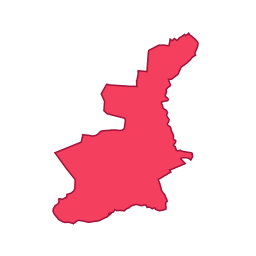 the district of Río Blanco, Veracruz, Mexico, rotated 279°
{"feature_id": "50627088B97163330601020", "entity_name": "Río Blanco", "entity_type": "district", "adm_level": 2, "iso_a3": "MEX", "parent_name": "Mexico", "parent_adm1": "Veracruz", "projection": "robinson", "projection_center": [-97.148, 18.845], "detail": "fine", "context": "isolated", "style": "filled", "palette": "rose", "viewbox_px": 256, "rotation_deg": 279, "n_neighbors": 0, "source": "geoboundaries", "source_scale": "gbopen_adm2", "svg_char_len": 4715}
<svg xmlns="http://www.w3.org/2000/svg" viewBox="0 0 256 256"><g transform="rotate(279 128 128)"><path d="M231.2,173.0L230.4,172.5L229.6,171.9L228.9,171.3L228.3,170.9L229.3,169.2L227.2,167.2L225.0,164.5L224.7,164.5L222.1,162.7L222.3,162.3L223.2,160.7L223.6,159.8L221.1,158.0L222.0,156.3L222.0,156.2L222.3,155.7L219.0,155.7L218.9,155.7L218.2,155.6L215.5,155.5L215.5,154.0L215.5,152.4L215.5,150.0L215.0,148.0L214.9,147.7L214.8,146.4L214.8,146.0L214.8,145.8L214.5,145.3L207.9,136.4L207.3,136.4L205.8,136.3L205.7,136.3L205.4,136.4L204.7,136.4L204.0,136.5L203.0,136.5L202.2,136.6L198.9,136.9L197.8,137.0L195.9,137.1L192.8,137.4L191.2,137.5L189.8,137.7L188.7,137.7L186.7,137.9L186.6,136.2L186.5,134.5L186.2,129.1L185.0,129.1L184.7,129.2L184.6,129.5L184.4,129.7L183.4,129.6L180.6,129.5L180.4,129.5L175.8,129.3L175.8,129.1L170.4,130.2L170.4,129.8L169.9,125.8L169.8,125.6L169.7,124.9L169.4,123.0L169.2,120.7L169.1,118.9L168.7,114.9L168.5,112.5L168.5,112.4L168.4,112.4L168.2,108.8L168.0,107.3L167.6,102.7L167.6,102.2L167.8,102.2L168.0,101.4L168.0,101.1L167.7,100.3L167.7,100.0L157.8,96.3L157.6,96.2L150.6,100.7L141.3,101.5L138.8,105.2L137.1,123.2L136.8,123.3L135.4,124.2L132.6,124.3L126.9,124.4L124.9,122.5L124.1,119.3L124.2,117.1L123.8,114.5L123.4,112.0L122.7,109.7L122.1,106.8L121.8,105.7L121.2,103.4L120.3,101.3L117.8,99.7L115.6,97.4L114.5,94.3L114.6,90.0L114.3,84.4L106.7,84.0L92.1,59.7L88.9,63.0L84.4,67.4L77.8,74.0L77.3,74.6L70.8,81.7L68.8,83.9L62.8,84.6L59.9,84.9L59.2,84.8L57.4,84.4L54.7,81.9L53.9,80.2L52.9,78.1L51.7,78.1L49.8,78.2L49.4,77.1L48.5,76.0L47.3,74.4L47.5,72.4L47.2,70.8L45.8,71.0L44.2,71.5L42.2,70.7L39.8,68.1L36.7,66.9L34.5,66.9L33.5,67.3L31.4,68.7L29.5,70.8L28.1,72.4L26.9,73.6L25.9,75.9L24.8,79.9L25.1,81.8L25.6,84.3L25.4,86.5L24.9,89.1L25.3,89.4L26.5,90.6L27.5,91.5L28.8,92.7L29.1,94.0L29.1,98.0L28.7,103.8L29.7,107.0L31.9,114.0L33.4,116.0L35.4,118.8L36.6,120.9L37.7,122.0L38.6,122.3L40.5,122.6L41.3,124.0L40.1,124.0L40.7,124.4L42.1,125.4L42.7,126.7L44.4,127.4L45.4,127.8L44.6,130.0L45.3,132.8L45.5,135.0L45.5,137.2L47.8,139.0L48.1,139.4L49.2,141.3L51.1,142.9L52.2,144.7L52.4,145.1L53.7,147.7L53.7,150.6L53.5,151.5L53.3,152.7L53.4,153.8L54.0,154.9L54.6,156.7L54.5,157.8L53.6,158.6L52.5,159.3L52.9,160.2L53.2,161.5L52.5,163.6L52.0,164.5L53.1,166.4L53.1,167.3L52.0,167.8L51.1,171.9L53.0,176.8L53.3,177.5L53.6,178.0L54.6,178.0L55.6,178.0L55.8,178.0L56.2,177.8L56.5,177.6L56.9,177.4L57.8,177.3L58.2,177.3L58.6,177.3L59.0,177.2L59.4,177.1L59.8,176.9L60.2,176.9L60.6,177.0L60.9,177.2L61.1,177.8L61.3,178.1L61.8,178.2L62.9,177.7L63.4,177.5L63.8,177.3L64.2,177.1L64.5,176.7L64.8,176.4L65.2,176.3L65.6,176.1L66.1,175.8L66.8,175.3L67.4,175.0L67.9,174.8L68.2,174.4L68.5,174.0L68.7,173.6L68.9,173.4L69.2,173.1L69.5,172.7L69.8,172.4L70.1,172.1L70.3,171.9L70.7,171.5L71.0,171.4L72.2,170.6L73.5,170.2L74.4,169.8L76.2,168.8L76.8,168.6L77.8,168.3L78.8,167.6L79.5,167.4L80.3,166.6L80.5,166.5L82.0,166.0L82.2,166.3L82.3,166.5L83.8,168.3L84.8,169.5L86.0,170.8L86.8,171.9L87.1,172.3L87.9,173.3L89.0,174.5L90.1,175.9L90.4,176.2L91.2,177.2L92.3,176.2L92.9,175.6L93.4,176.4L93.8,177.2L94.5,178.3L94.9,179.0L95.2,179.5L95.9,180.5L96.6,181.7L97.4,183.0L98.1,184.2L98.9,185.5L99.6,186.5L100.4,187.8L101.1,189.0L101.8,190.1L102.2,189.7L103.3,188.2L104.3,186.9L104.7,186.3L105.3,185.6L105.8,184.8L106.7,185.8L107.2,186.6L107.3,187.2L107.4,188.0L107.5,188.7L107.8,190.6L107.6,192.4L107.0,193.6L106.2,195.0L106.5,195.1L107.5,195.5L108.7,195.9L108.9,196.0L109.6,196.3L110.1,196.2L110.6,196.0L111.0,196.0L111.4,195.9L111.6,195.5L111.8,195.4L112.5,195.5L112.9,195.4L113.1,195.2L113.3,194.9L113.5,193.7L113.4,190.1L113.5,185.3L113.9,183.9L114.2,182.9L113.8,182.2L113.3,181.0L113.5,179.1L115.3,178.5L117.0,177.5L117.4,176.3L118.1,175.7L119.1,175.9L120.9,177.1L121.8,177.2L122.8,177.2L123.3,176.6L123.7,175.0L124.3,174.6L125.4,174.4L126.7,174.3L127.8,174.0L128.8,173.5L130.8,172.1L131.3,171.8L132.6,171.0L133.3,170.8L134.5,170.4L135.7,169.5L136.5,168.0L137.4,166.5L138.5,166.3L140.7,167.2L142.7,167.3L146.2,164.2L147.4,164.1L149.2,164.7L150.6,163.9L151.1,163.3L151.7,162.7L152.9,159.6L155.3,158.7L157.8,157.1L159.0,157.2L160.5,160.5L160.8,162.1L161.3,163.0L162.5,163.4L163.7,162.4L165.1,160.0L166.6,159.7L168.8,160.4L169.8,160.4L171.8,159.6L174.1,160.9L176.0,162.9L177.1,163.2L180.5,161.3L181.8,160.7L182.4,160.4L183.0,163.4L186.4,166.6L188.7,168.9L192.3,169.8L194.2,170.4L196.1,170.7L197.7,172.2L199.1,173.8L200.6,175.1L201.6,176.1L203.2,177.3L205.0,178.8L206.5,179.6L208.1,180.6L210.5,183.4L211.2,182.9L212.0,182.4L214.0,182.7L217.4,183.6L219.4,184.0L222.0,184.0L223.4,183.6L224.3,182.7L225.1,181.8L226.1,180.5L226.5,179.8L228.3,177.1L229.4,174.7L230.4,173.8L231.2,173.0Z" fill="#f43f5e" stroke="#9f1239" stroke-width="1.5"/></g></svg>